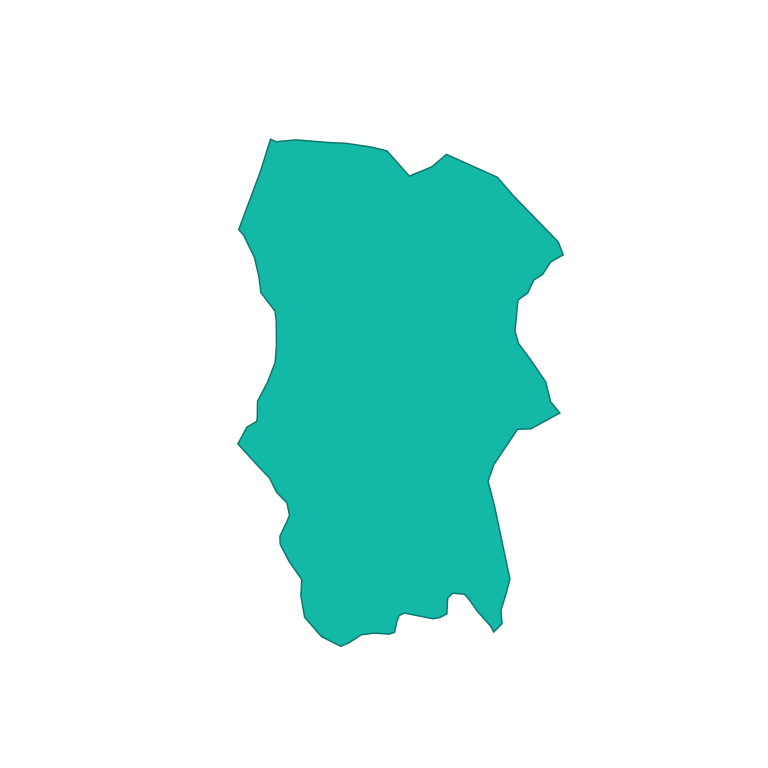 the district of Haute-Sanaga, Centre, Cameroon, rotated 312°
{"feature_id": "32672807B25561230915667", "entity_name": "Haute-Sanaga", "entity_type": "district", "adm_level": 2, "iso_a3": "CMR", "parent_name": "Cameroon", "parent_adm1": "Centre", "projection": "equal_earth", "projection_center": [12.366, 4.679], "detail": "fine", "context": "isolated", "style": "filled", "palette": "teal", "viewbox_px": 768, "rotation_deg": 312, "n_neighbors": 0, "source": "geoboundaries", "source_scale": "gbopen_adm2", "svg_char_len": 1383}
<svg xmlns="http://www.w3.org/2000/svg" viewBox="0 0 768 768"><g transform="rotate(312 384 384)"><path d="M599.9,430.7L606.2,418.3L610.4,354.5L610.8,351.4L613.5,330.0L596.4,276.8L577.4,274.2L555.4,263.7L557.6,244.7L559.2,230.3L551.9,216.5L537.5,194.8L525.8,180.5L506.5,155.2L491.8,141.6L490.0,135.9L458.6,150.2L401.6,172.7L400.6,180.1L391.5,202.8L380.0,219.3L369.5,231.4L365.2,254.3L359.0,261.5L341.0,278.0L327.2,288.7L307.3,296.3L286.6,301.5L274.5,312.1L271.1,314.4L260.2,311.0L241.7,315.5L239.1,341.6L237.8,357.5L237.5,362.0L233.4,372.3L231.6,376.7L230.7,391.5L223.1,401.7L216.4,404.0L201.3,408.5L198.2,411.4L195.4,414.2L188.6,432.3L183.6,453.8L170.9,464.0L166.2,470.1L157.5,481.1L154.9,502.6L154.5,507.0L160.2,527.5L169.1,531.4L182.3,534.8L192.5,543.6L194.2,545.8L200.7,554.1L201.6,555.2L206.5,558.0L216.3,552.4L222.1,550.2L227.4,552.4L232.3,560.7L241.5,576.1L242.2,577.3L247.9,581.8L255.3,584.5L256.4,583.6L262.7,578.4L267.6,574.6L274.6,575.1L281.6,584.5L280.8,591.2L277.3,607.2L277.0,610.5L275.4,625.4L273.0,631.5L284.9,632.1L294.3,622.1L295.5,621.6L307.9,616.0L323.3,608.1L359.6,558.3L367.1,548.0L380.2,528.2L381.4,526.4L397.4,519.6L439.8,513.5L448.7,523.0L480.1,534.1L482.2,519.8L493.7,502.9L500.4,475.5L504.1,456.8L511.0,445.9L535.4,427.8L537.1,427.6L547.8,429.9L561.4,425.8L571.6,428.5L586.4,426.2L599.9,430.7Z" fill="#14b8a6" stroke="#0f766e" stroke-width="1.5"/></g></svg>